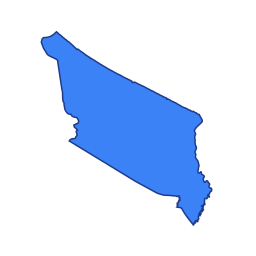 the district of Tak Bai, Narathiwat, Thailand, rotated 353°
{"feature_id": "78962969B25686112002312", "entity_name": "Tak Bai", "entity_type": "district", "adm_level": 2, "iso_a3": "THA", "parent_name": "Thailand", "parent_adm1": "Narathiwat", "projection": "mercator", "projection_center": [102.027, 6.239], "detail": "fine", "context": "isolated", "style": "filled", "palette": "blue", "viewbox_px": 256, "rotation_deg": 353, "n_neighbors": 0, "source": "geoboundaries", "source_scale": "gbopen_adm2", "svg_char_len": 5825}
<svg xmlns="http://www.w3.org/2000/svg" viewBox="0 0 256 256"><g transform="rotate(353 128 128)"><path d="M67.4,97.7L67.6,101.1L67.8,102.5L68.2,103.4L69.3,105.5L70.3,106.5L71.1,107.0L73.0,107.5L73.1,108.0L73.7,109.1L74.1,109.4L75.4,110.4L75.7,110.6L76.8,110.9L77.1,111.0L77.5,111.1L78.4,111.4L79.6,113.8L79.7,114.6L79.8,115.4L79.7,115.9L79.5,116.4L79.1,116.8L78.8,117.1L78.5,117.3L76.9,117.6L76.0,118.3L75.7,118.3L75.3,118.2L75.0,118.2L74.8,118.4L74.6,118.7L74.7,119.7L75.0,120.7L75.7,121.6L76.2,121.9L76.5,122.1L77.0,123.2L77.6,123.8L77.6,124.2L76.5,124.6L76.2,125.0L76.2,126.2L76.6,127.8L76.5,128.2L76.7,128.9L76.6,129.3L76.2,129.6L75.3,130.1L75.0,131.0L74.9,131.3L74.7,131.5L73.3,132.0L72.6,132.0L71.9,131.8L71.6,131.8L69.6,132.3L69.0,132.7L68.1,133.8L69.0,134.4L128.7,181.7L149.1,196.3L153.1,198.1L155.4,199.0L156.7,199.2L157.2,199.4L160.1,199.8L161.7,200.1L162.6,200.4L163.2,200.4L163.9,200.7L166.2,201.1L167.6,201.5L168.1,201.9L168.3,202.0L168.7,202.0L169.8,201.4L170.0,201.4L170.6,202.1L170.8,202.7L170.7,203.0L170.1,203.4L170.1,203.6L170.3,203.8L170.9,203.9L170.9,204.4L170.9,204.7L170.6,205.2L170.0,205.6L169.8,205.8L170.0,206.0L170.6,205.8L170.7,206.0L170.4,206.4L169.5,206.8L169.1,207.1L168.9,207.4L168.8,208.2L168.6,208.4L167.9,208.5L167.6,208.7L167.6,209.4L168.1,209.9L168.2,210.2L168.1,210.3L167.7,210.4L167.6,210.5L167.8,210.9L167.6,211.1L167.3,211.3L167.3,211.5L167.5,212.0L167.4,212.3L167.1,212.5L170.7,213.6L171.5,214.5L174.1,220.3L175.2,222.3L177.2,225.9L180.8,231.7L181.0,232.2L181.4,232.0L181.7,231.6L181.9,230.7L182.1,230.2L182.5,230.2L183.1,230.5L183.3,230.4L183.1,229.8L183.2,229.2L183.5,228.6L183.8,228.3L184.0,228.2L184.2,228.3L184.3,228.4L184.4,229.0L184.8,229.3L185.2,229.4L185.5,229.4L185.8,229.3L186.0,229.1L186.1,228.7L185.7,228.0L185.7,227.7L185.9,227.6L186.4,227.5L186.7,227.3L187.0,227.1L187.2,226.7L187.2,226.4L186.9,225.1L186.9,224.7L187.0,224.3L187.2,224.1L187.7,223.9L188.8,223.9L189.0,223.6L188.9,223.4L188.2,223.0L187.9,222.7L187.8,222.3L187.9,221.8L188.1,221.6L188.3,221.6L189.2,222.5L189.5,222.5L189.8,222.4L190.0,222.2L190.1,221.9L190.0,221.5L189.7,221.1L188.9,220.9L188.9,220.6L189.0,220.4L190.0,219.6L190.3,219.1L190.6,219.2L190.7,219.8L190.9,220.0L191.1,220.2L191.4,220.1L191.6,219.9L192.1,219.0L192.7,218.6L192.8,218.3L192.9,218.1L192.6,217.9L191.8,218.0L191.5,217.9L191.3,217.7L191.6,217.3L192.0,217.5L192.4,217.4L192.8,216.6L192.9,216.1L192.8,215.9L192.4,215.5L191.5,214.9L191.4,214.7L191.4,214.4L191.7,214.2L192.0,214.2L192.3,214.3L192.9,214.8L193.2,214.8L193.4,214.6L193.5,213.5L193.6,213.0L193.8,212.9L194.0,213.0L194.6,213.5L195.0,213.3L195.1,213.0L194.9,212.0L194.8,211.5L195.0,210.7L195.0,209.6L195.6,207.5L195.7,207.3L196.0,207.2L197.2,207.7L197.4,207.8L197.7,207.7L198.0,207.4L198.3,206.4L198.5,206.1L199.2,206.0L200.1,206.4L200.3,206.4L200.5,205.9L200.3,205.4L200.0,205.2L199.1,204.8L198.9,204.6L199.0,204.4L199.1,204.2L199.3,204.0L200.4,203.6L200.7,203.5L200.9,203.2L201.2,202.2L201.3,202.0L201.5,201.7L202.8,201.0L203.2,200.7L203.3,200.4L203.6,198.9L203.6,198.5L203.4,198.1L203.0,197.8L201.8,197.2L201.5,196.9L201.3,196.6L201.3,195.8L201.3,195.5L201.6,194.8L202.1,194.2L202.2,193.7L202.0,193.1L201.1,191.9L200.9,191.3L200.7,190.7L200.5,190.4L200.3,190.2L199.9,190.0L199.4,190.0L198.3,191.0L197.7,191.3L197.3,191.2L197.0,190.7L196.6,189.2L196.4,188.2L196.4,187.8L196.6,187.4L196.9,186.8L197.5,186.1L197.7,185.7L197.8,185.1L197.5,184.6L197.2,184.2L195.4,182.7L195.3,182.1L195.4,180.9L195.3,180.6L195.1,180.4L194.8,180.4L193.6,181.2L193.1,181.4L192.6,181.3L192.2,180.8L192.1,180.2L192.2,179.2L192.7,177.7L193.2,175.8L193.8,174.4L193.9,173.5L193.5,170.3L193.2,169.0L192.7,168.0L191.7,166.3L191.4,165.6L191.4,165.0L191.9,163.1L192.0,162.6L192.0,161.8L191.6,160.6L191.5,159.7L192.9,157.5L193.3,156.8L193.5,156.0L193.5,155.3L192.9,153.6L192.8,151.7L192.7,150.3L193.2,148.4L193.1,146.4L193.3,144.3L193.4,143.9L194.2,142.8L194.3,142.6L194.3,141.8L193.6,139.3L193.7,138.5L193.9,137.9L194.3,137.5L196.4,135.3L200.5,132.4L201.9,131.2L202.3,130.8L202.6,130.2L202.6,129.1L202.3,128.3L200.8,124.8L200.4,123.3L200.0,123.3L199.0,122.8L198.5,122.4L197.6,121.3L196.7,121.0L194.8,119.4L194.4,119.6L194.0,119.5L193.7,119.4L192.8,118.9L191.7,117.8L191.2,117.8L190.5,117.5L188.7,115.9L188.0,115.6L187.4,115.2L185.2,114.1L184.7,113.8L182.2,111.8L179.3,109.7L178.4,108.8L177.2,108.3L176.3,107.5L175.6,107.2L174.6,106.7L172.9,105.2L171.6,104.3L171.1,104.2L170.9,104.2L170.7,104.3L170.1,104.2L170.3,103.9L170.3,103.4L170.1,103.2L166.2,100.8L165.7,100.4L163.9,99.3L162.2,97.9L161.5,97.6L160.5,96.9L160.1,96.7L159.5,96.2L158.4,95.4L157.5,94.7L156.1,93.9L155.6,93.7L154.8,93.0L152.8,91.6L152.3,91.4L151.6,90.8L151.2,90.6L150.6,90.1L147.9,88.2L147.1,87.8L143.6,85.6L140.8,83.6L139.8,83.2L139.2,83.4L138.4,83.7L138.1,83.6L137.7,82.8L137.8,82.7L137.4,81.9L136.4,81.3L135.9,80.8L135.5,80.7L133.4,79.2L132.7,78.9L132.1,78.4L131.3,78.0L130.4,77.3L129.3,76.6L126.9,74.7L126.7,74.7L125.4,73.8L125.0,73.6L124.4,73.1L123.8,72.9L123.2,72.3L122.5,71.9L120.3,70.3L119.2,69.4L118.7,69.2L118.1,68.6L117.0,68.1L116.2,67.3L114.5,66.2L113.5,65.2L112.6,64.6L111.9,64.0L110.5,63.1L109.4,62.0L108.0,61.1L106.6,59.8L106.4,59.7L105.3,58.8L104.5,58.2L103.6,57.3L103.2,57.0L102.6,56.5L100.9,55.3L99.8,54.3L99.4,54.2L99.2,54.3L98.8,53.9L98.8,53.5L95.6,50.9L95.3,50.5L94.9,50.4L93.9,49.2L92.5,47.9L90.7,46.4L88.0,43.7L87.9,43.6L87.6,43.9L87.4,43.9L87.0,43.9L86.3,43.1L82.0,37.8L81.3,37.2L80.5,36.1L79.8,35.4L79.1,35.0L78.7,34.4L78.2,34.1L77.3,32.8L76.9,32.6L76.2,32.0L75.7,31.3L74.4,30.0L74.1,29.8L73.0,28.3L72.6,28.0L72.1,27.4L71.5,27.0L70.8,26.2L69.7,24.8L69.0,24.2L68.7,23.8L65.2,26.3L61.7,27.8L58.5,28.2L55.3,28.0L53.9,28.7L52.4,32.2L53.8,38.3L57.0,45.3L58.7,46.8L64.1,50.2L66.3,52.0L67.1,82.1L67.4,83.7L66.8,90.6L66.8,93.6L67.2,94.2L67.5,95.1L67.4,97.7Z" fill="#3b82f6" stroke="#1e3a8a" stroke-width="1.5"/></g></svg>